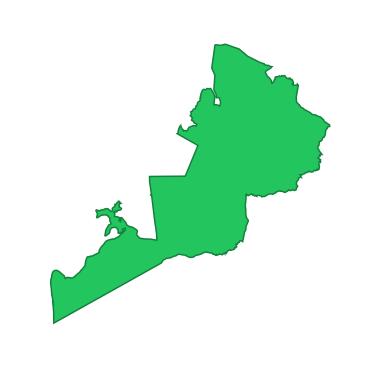 outline of Turbana, Bolívar, Colombia, rotated 9°
{"feature_id": "7082276B59918479254924", "entity_name": "Turbana", "entity_type": "district", "adm_level": 2, "iso_a3": "COL", "parent_name": "Colombia", "parent_adm1": "Bolívar", "projection": "albers", "projection_center": [-75.462, 10.204], "detail": "fine", "context": "isolated", "style": "filled", "palette": "green", "viewbox_px": 384, "rotation_deg": 9, "n_neighbors": 0, "source": "geoboundaries", "source_scale": "gbopen_adm2", "svg_char_len": 6042}
<svg xmlns="http://www.w3.org/2000/svg" viewBox="0 0 384 384"><g transform="rotate(9 192 192)"><path d="M317.3,104.2L311.8,101.7L310.7,100.1L307.2,97.8L304.1,97.4L302.4,96.6L298.6,96.6L296.3,95.1L289.6,92.7L288.4,91.8L286.7,91.4L285.7,90.7L284.5,89.1L283.7,88.9L281.1,86.6L280.1,81.9L280.3,70.0L279.1,68.9L279.0,70.1L278.4,70.4L276.1,70.4L275.8,70.7L275.3,70.0L274.9,70.3L274.4,70.1L274.3,69.0L275.0,68.7L275.1,67.9L273.3,65.4L272.9,65.8L271.3,64.3L270.3,64.2L270.3,65.1L268.6,64.9L267.0,64.4L266.0,63.0L264.8,62.5L263.1,63.3L262.4,63.1L262.3,63.6L261.4,64.1L260.2,63.7L260.0,64.0L259.0,64.4L258.8,64.8L258.3,64.7L256.4,65.4L256.1,66.5L256.6,67.3L255.6,68.7L255.7,70.0L254.4,71.9L253.8,72.1L253.0,69.6L250.6,67.2L248.5,66.0L245.7,62.3L246.1,61.0L250.4,57.3L251.4,55.7L249.9,55.8L247.4,54.9L246.9,55.4L243.5,54.7L243.3,54.1L238.8,53.4L225.7,49.2L216.1,43.4L202.2,40.9L200.9,41.1L197.7,42.6L192.2,42.9L191.7,43.4L192.1,66.5L196.3,73.0L197.6,87.5L200.6,92.0L201.5,95.1L203.3,94.6L204.3,94.9L206.0,98.2L206.3,100.8L205.9,102.8L203.8,102.0L200.0,102.3L199.6,94.0L197.3,90.5L194.2,86.8L191.8,87.6L190.6,87.4L189.9,88.5L188.5,88.9L187.1,88.9L186.1,90.7L185.6,93.1L185.3,96.6L185.9,97.2L185.3,97.9L185.2,98.5L185.8,99.9L185.7,100.3L183.8,102.5L183.5,103.3L183.6,105.2L183.1,106.1L182.6,106.2L182.3,108.8L181.9,109.4L180.5,109.9L179.5,112.3L178.3,112.9L179.2,115.6L178.3,116.8L180.8,118.8L180.2,121.0L180.9,121.5L182.2,121.8L182.8,122.9L183.8,123.6L186.3,124.3L185.6,126.3L183.2,126.1L178.9,128.6L177.5,132.5L175.4,132.4L174.0,133.1L173.4,131.8L172.4,131.3L170.6,128.7L170.4,128.0L169.6,129.3L168.8,133.2L168.9,136.2L168.2,136.7L190.6,145.1L182.9,177.4L147.6,183.3L148.5,188.4L152.5,201.2L151.7,201.4L152.0,201.8L152.7,201.8L159.8,226.7L163.6,239.0L164.8,245.1L158.8,245.0L153.3,245.7L147.7,245.8L144.3,243.3L143.9,241.9L144.2,239.3L143.3,238.1L138.8,236.1L135.6,235.9L132.9,234.9L131.6,232.7L126.5,228.3L125.5,228.6L126.1,230.3L126.1,232.5L125.9,232.4L125.7,231.3L125.0,231.7L123.6,231.7L124.2,231.6L124.8,230.9L124.1,228.7L123.7,228.4L122.5,228.2L121.0,228.2L120.2,228.5L119.3,228.0L119.3,226.1L118.7,225.0L118.0,224.6L118.9,223.0L119.4,222.9L119.4,223.7L120.5,223.6L121.3,222.6L121.2,222.0L124.0,221.0L124.6,220.4L124.9,219.4L124.1,218.7L122.2,218.1L122.4,216.9L122.1,215.3L123.6,214.2L122.4,213.9L122.0,212.8L121.1,212.5L120.5,212.9L120.5,213.8L119.6,214.4L118.7,216.0L117.8,216.4L118.2,217.1L117.7,218.4L115.9,220.5L116.2,222.9L116.0,223.6L115.1,223.8L111.7,221.8L110.0,221.8L108.2,222.6L107.0,223.5L105.1,223.9L103.9,224.9L102.6,225.3L101.8,224.7L100.3,224.7L100.0,225.2L100.5,226.3L101.2,226.9L102.1,228.8L101.7,231.6L102.2,232.3L102.9,232.0L106.0,229.2L109.5,228.2L111.9,228.2L114.9,230.8L115.6,233.9L116.4,234.6L116.9,235.8L116.6,236.5L115.2,237.3L113.6,240.9L112.9,243.5L112.8,248.7L113.8,248.8L116.6,245.8L117.1,244.5L117.0,243.0L117.4,241.5L118.2,240.1L119.9,239.3L122.0,238.9L123.5,239.4L124.3,240.8L125.1,241.3L125.4,244.0L126.3,244.4L127.3,243.1L128.5,243.1L129.6,242.6L130.2,241.2L130.1,240.6L129.3,240.5L129.2,239.6L130.0,239.6L131.5,238.1L132.1,238.8L132.1,239.9L129.7,243.4L128.3,244.4L128.0,245.5L126.7,247.5L124.1,249.2L122.8,250.7L120.9,250.8L116.1,253.0L114.6,254.2L112.9,257.6L111.1,260.1L109.5,264.1L109.5,265.5L109.9,266.3L102.8,271.2L102.0,271.1L100.3,272.2L99.1,272.3L98.6,272.8L97.8,276.6L97.8,279.6L98.0,279.7L97.8,281.4L96.2,284.6L94.5,286.9L93.9,288.3L88.1,295.2L86.5,295.8L82.3,295.8L81.0,296.5L80.4,297.3L79.0,294.9L73.0,291.2L71.1,290.6L69.1,290.8L68.1,291.4L67.0,292.8L66.6,295.3L66.6,299.4L66.2,300.6L66.8,304.9L68.2,309.5L69.6,315.5L72.1,322.0L71.6,321.8L72.1,324.6L72.5,325.4L73.0,325.5L72.6,326.0L74.0,331.6L76.0,343.1L172.7,267.0L174.3,263.8L177.0,261.6L181.3,260.3L183.3,258.8L186.1,257.5L188.3,255.7L189.1,255.4L192.6,255.6L195.1,255.4L197.3,256.3L200.3,256.9L202.9,256.4L204.2,255.6L206.2,253.4L207.6,253.5L210.0,252.0L211.2,251.7L212.8,250.0L213.6,249.9L214.0,249.4L215.0,249.0L216.1,249.4L216.6,249.1L219.5,249.4L220.0,249.1L220.8,249.2L222.1,249.7L222.3,250.1L223.9,250.2L225.4,250.8L225.9,250.7L226.0,250.0L227.0,250.3L229.1,249.0L231.9,249.2L232.7,248.0L233.3,247.8L233.3,247.4L234.0,247.3L234.3,247.8L234.4,246.9L235.2,246.7L235.6,247.0L236.2,245.0L237.7,243.5L239.6,243.5L242.6,242.0L242.9,240.4L243.4,240.6L243.9,239.6L244.6,239.4L244.6,238.7L243.9,238.3L243.8,236.4L244.9,236.5L245.7,234.7L246.6,234.2L246.9,232.7L248.4,232.6L249.8,233.1L250.2,223.4L251.1,220.9L250.7,217.6L252.1,212.1L251.9,211.0L249.9,209.0L248.4,205.1L247.9,201.0L246.8,197.4L246.2,188.5L245.7,186.8L246.0,185.6L246.4,185.8L246.5,186.6L247.3,186.7L248.7,186.5L250.5,185.0L251.2,184.8L251.7,184.9L252.2,185.5L252.7,185.0L253.2,185.0L254.2,186.1L255.0,186.0L255.3,185.6L256.8,186.2L257.1,185.2L257.8,184.8L261.0,185.2L261.9,185.9L263.2,185.2L264.5,185.0L268.4,181.8L269.4,181.8L270.4,181.4L272.1,181.7L272.6,181.4L273.1,180.6L274.1,180.3L275.5,178.7L277.6,177.5L278.8,177.2L279.4,177.4L282.0,177.3L283.2,177.9L284.0,177.8L286.3,176.1L287.1,174.8L288.2,175.3L289.7,175.0L290.4,174.4L291.5,173.9L292.2,174.4L293.0,174.5L294.5,173.5L294.5,171.4L295.2,170.7L295.4,169.4L294.0,168.4L293.7,166.3L294.1,164.7L294.7,164.2L295.3,162.8L295.0,161.5L296.5,160.6L296.9,159.9L297.5,160.2L296.8,159.0L297.1,158.7L296.9,158.3L296.3,158.0L298.2,157.7L299.4,156.5L300.4,156.3L300.4,155.8L301.6,155.0L302.8,154.6L303.2,154.0L304.3,153.8L304.5,153.1L306.2,153.6L307.4,153.5L308.4,153.0L308.6,152.2L309.5,151.5L310.2,151.3L310.4,151.6L310.7,151.2L311.5,151.2L311.7,150.7L312.2,150.9L312.8,150.5L312.5,150.1L312.9,149.3L313.8,149.6L313.9,146.8L313.3,145.4L312.6,142.6L313.4,141.9L314.2,142.5L314.3,141.7L314.0,140.9L313.5,140.8L313.2,140.2L313.6,139.7L312.2,139.3L312.0,138.7L311.2,138.7L311.8,137.8L312.4,135.7L312.3,135.4L312.5,135.4L313.0,135.9L313.2,134.7L314.5,134.6L311.2,131.4L310.3,129.9L309.6,129.4L309.1,128.0L309.3,127.3L310.1,126.4L309.9,122.4L311.6,121.4L312.4,120.0L312.5,118.5L312.9,117.7L314.0,117.1L314.6,114.9L314.5,109.7L315.8,107.7L315.7,106.6L317.8,105.7L317.3,104.2Z" fill="#22c55e" stroke="#15803d" stroke-width="1.5"/></g></svg>